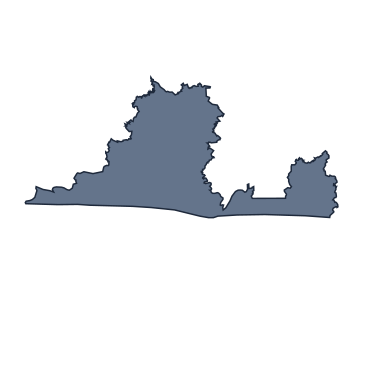 Tecolutla, Veracruz, Mexico, rotated 132°
{"feature_id": "50627088B65141848449255", "entity_name": "Tecolutla", "entity_type": "district", "adm_level": 2, "iso_a3": "MEX", "parent_name": "Mexico", "parent_adm1": "Veracruz", "projection": "natural_earth1", "projection_center": [-97.047, 20.419], "detail": "fine", "context": "isolated", "style": "filled", "palette": "slate", "viewbox_px": 384, "rotation_deg": 132, "n_neighbors": 0, "source": "geoboundaries", "source_scale": "gbopen_adm2", "svg_char_len": 6057}
<svg xmlns="http://www.w3.org/2000/svg" viewBox="0 0 384 384"><g transform="rotate(132 192 192)"><path d="M113.1,220.2L112.5,220.7L112.9,221.8L112.1,228.8L111.4,228.6L110.5,231.4L113.2,235.5L113.6,240.8L110.3,241.9L110.1,242.4L111.3,245.4L105.5,251.2L102.7,248.3L101.6,248.7L101.6,249.0L104.8,254.0L105.7,253.8L107.0,254.4L107.2,255.7L106.2,256.4L106.0,258.7L106.6,258.4L107.2,259.4L108.2,259.6L109.3,258.2L110.8,259.6L111.4,261.5L113.0,262.3L114.6,261.9L114.6,262.6L116.5,263.0L116.4,264.1L116.9,264.3L115.2,267.6L118.0,269.0L117.1,271.3L119.6,271.6L119.5,269.8L120.7,269.3L121.0,268.3L123.8,268.4L123.9,267.2L126.5,268.4L127.3,268.1L127.4,268.7L128.2,268.2L128.3,268.7L128.7,268.4L131.1,269.5L131.0,273.6L132.8,275.4L133.5,277.4L134.7,278.1L134.9,279.1L134.6,281.2L135.1,285.9L133.9,289.6L134.6,292.9L135.6,294.5L134.4,296.0L134.9,297.4L134.3,299.3L135.1,298.7L135.5,297.5L137.0,296.7L136.4,295.7L137.2,295.2L137.3,294.7L138.8,294.0L138.0,293.6L139.1,292.1L138.2,291.6L139.0,291.3L138.8,290.7L140.8,289.3L141.4,290.3L142.2,289.8L142.6,288.7L141.7,288.7L141.5,287.7L142.8,287.2L143.9,287.3L143.8,288.5L144.7,288.3L144.2,289.1L145.5,289.2L145.1,290.5L146.7,289.6L146.2,291.3L147.7,291.0L148.4,289.8L148.0,288.9L148.5,288.6L149.7,290.6L150.8,290.1L150.9,290.9L151.6,291.0L151.2,291.7L151.9,292.5L152.2,291.8L151.9,291.7L152.4,291.2L152.5,292.1L153.6,293.0L155.8,292.3L155.9,292.8L155.0,293.5L156.3,294.9L157.2,294.9L157.7,297.3L157.8,296.4L158.8,296.8L160.9,295.3L162.7,295.7L164.0,294.5L165.2,295.5L165.9,295.3L165.8,294.7L166.4,295.1L166.3,294.2L167.1,294.2L168.2,293.0L167.9,291.4L167.2,291.8L166.0,291.3L165.3,289.9L166.5,288.5L166.4,288.0L167.2,287.6L167.5,285.2L169.9,285.3L173.8,283.9L174.9,284.8L176.6,284.6L179.0,283.0L179.6,284.6L179.3,285.6L182.2,286.0L182.0,285.0L182.5,285.3L183.0,284.5L183.1,285.3L183.6,285.3L183.1,285.8L183.7,286.7L183.8,285.9L186.3,285.7L186.5,286.0L185.9,286.5L186.2,287.4L186.9,286.0L186.7,285.7L187.4,285.8L186.6,285.0L187.2,284.9L187.1,284.5L188.2,284.6L188.7,283.6L189.1,279.1L187.2,277.3L190.0,275.3L192.2,275.0L192.2,274.3L193.0,274.0L193.1,272.9L193.6,272.9L194.8,274.6L195.4,274.3L196.9,274.8L197.0,275.7L199.7,277.8L200.5,277.3L202.1,278.4L203.5,280.4L204.1,280.5L204.0,281.0L203.5,280.9L204.0,281.8L204.9,280.8L206.4,285.3L206.5,287.6L210.3,286.5L210.4,287.1L213.5,286.3L213.3,285.1L214.1,284.5L214.2,283.1L215.9,283.2L216.6,281.2L218.6,281.0L219.9,282.0L219.9,282.9L220.9,282.0L221.1,280.9L222.8,278.6L225.2,278.1L225.2,277.2L224.6,276.9L225.5,275.0L225.0,275.1L224.9,274.1L227.6,271.9L228.4,271.9L229.3,273.2L231.7,274.3L232.8,274.1L236.6,272.0L244.6,277.9L249.3,285.9L253.2,287.6L254.3,289.7L255.3,289.9L260.7,288.9L261.1,287.0L260.8,286.2L261.6,285.7L262.8,283.6L265.6,285.4L269.3,283.5L272.8,284.4L273.9,286.5L274.6,289.9L275.7,292.1L279.0,296.2L280.9,297.6L282.3,297.9L283.7,297.3L284.6,294.8L286.2,298.6L289.8,304.4L292.3,311.4L293.7,310.5L294.5,308.5L295.1,308.0L301.2,305.2L304.4,305.6L306.9,306.8L309.8,309.1L311.4,308.8L311.9,307.7L291.0,283.1L277.8,268.8L270.1,259.0L242.6,226.8L230.8,211.9L217.0,193.0L204.6,169.9L199.9,162.4L196.7,158.9L192.6,156.6L178.9,143.1L160.0,122.8L133.9,92.0L118.8,72.6L117.0,73.7L112.2,73.2L111.5,73.7L111.5,75.0L111.0,75.7L109.4,76.2L106.6,75.2L106.1,74.6L106.5,73.9L105.4,73.6L103.8,75.4L103.3,77.4L103.4,78.5L104.1,78.9L103.1,81.2L103.6,82.1L100.9,82.3L99.8,81.4L98.6,81.8L96.4,84.4L96.8,85.3L96.6,85.9L93.6,86.9L93.0,87.6L91.7,88.1L92.3,88.3L91.2,89.7L92.5,91.1L91.2,92.1L90.9,90.8L90.3,91.2L87.6,90.8L86.6,92.3L86.2,94.4L85.7,94.3L84.9,95.6L85.0,96.7L86.7,98.7L87.2,100.7L88.4,100.3L89.0,100.9L90.1,104.0L87.4,106.9L87.9,108.1L87.0,108.8L87.0,109.8L82.6,110.7L82.3,111.6L81.2,112.1L79.3,111.7L79.1,113.1L78.2,113.8L75.0,113.0L74.3,114.1L73.6,114.2L73.1,115.7L73.2,117.6L72.1,118.3L72.1,120.4L76.3,120.9L76.7,120.0L79.3,120.3L79.2,120.7L81.6,121.0L81.6,121.8L84.3,122.9L84.7,123.8L85.5,122.0L88.0,122.4L87.4,123.0L89.7,123.7L90.8,123.4L91.9,124.4L92.0,125.5L93.5,125.7L94.7,127.6L94.5,129.7L95.1,129.7L94.6,130.9L93.9,130.6L94.4,131.5L93.8,132.1L93.9,133.4L95.1,133.8L94.7,135.0L96.1,135.0L96.5,134.3L97.2,134.2L98.1,135.0L97.9,136.2L98.5,136.4L100.2,135.7L100.4,134.2L100.9,133.8L103.0,133.8L105.1,136.1L106.7,135.3L110.1,132.2L114.0,132.2L115.0,131.1L117.3,130.9L117.8,128.6L119.4,127.3L121.1,124.3L121.5,121.7L123.5,121.6L124.7,123.7L128.8,124.7L129.7,123.7L130.4,120.4L131.4,119.7L132.4,119.7L134.1,118.3L156.4,142.9L155.4,145.2L152.6,145.4L152.7,146.1L151.4,146.3L150.9,147.5L149.6,147.0L146.7,149.8L148.2,150.4L148.4,150.0L149.2,150.2L151.3,152.0L148.1,155.2L149.4,155.8L152.7,152.6L155.4,151.9L156.8,152.6L157.0,155.8L158.3,157.5L159.8,159.0L162.6,160.0L168.3,159.5L173.2,157.8L181.1,156.3L184.5,156.8L182.8,158.9L180.6,159.8L181.3,160.9L182.6,161.4L182.8,162.3L180.7,163.6L176.7,164.1L175.7,165.0L176.1,167.6L175.1,169.5L175.0,171.6L175.6,172.8L177.7,174.1L179.2,175.8L179.4,177.4L178.6,178.6L178.7,179.8L178.1,179.2L176.6,179.5L176.2,180.3L175.9,182.7L173.9,182.6L172.7,183.7L173.1,185.2L176.6,187.5L177.2,189.1L176.2,189.5L173.7,187.8L173.1,188.3L172.4,190.9L173.2,192.1L174.5,192.1L174.6,193.3L174.1,193.7L171.1,193.3L170.9,194.4L171.9,196.1L170.5,197.0L171.2,197.9L170.8,198.7L170.4,198.9L170.0,198.2L168.5,198.4L168.1,199.2L166.8,198.4L165.4,198.5L163.9,199.8L162.2,199.8L160.6,200.5L159.8,199.7L159.3,200.4L158.2,199.7L156.8,200.4L155.3,199.3L153.3,199.8L151.7,198.6L151.5,199.4L150.9,199.1L151.8,200.0L152.2,201.3L151.0,203.2L146.8,203.6L147.4,208.2L149.4,208.9L147.7,210.0L146.1,209.5L145.8,211.7L145.2,212.0L145.4,213.4L144.5,212.6L143.8,212.9L142.7,211.4L142.7,210.7L138.5,206.9L137.8,207.5L135.6,207.2L134.3,206.2L133.7,206.9L133.0,206.8L132.8,207.8L132.9,210.7L133.3,211.3L133.7,211.2L132.9,214.6L133.7,216.7L133.5,217.0L132.0,216.5L131.3,218.6L130.0,217.8L129.8,218.5L127.7,218.3L127.7,219.0L126.5,218.6L126.6,220.8L125.5,220.5L125.5,219.1L123.9,219.3L123.8,220.8L120.7,218.7L120.2,222.9L119.5,223.0L118.6,223.1L116.6,221.3L115.1,221.1L115.3,219.8L114.5,219.9L114.4,220.5L113.1,220.2Z" fill="#64748b" stroke="#1e293b" stroke-width="1.5"/></g></svg>